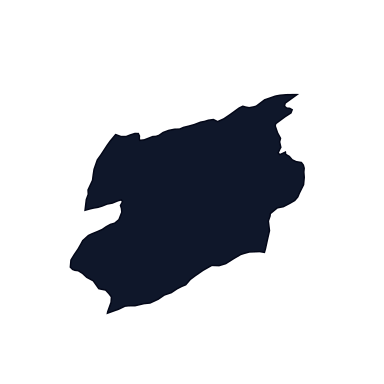 the district of Arvidsjaur, Norrbotten, Sweden, rotated 143°
{"feature_id": "70781695B53013800846692", "entity_name": "Arvidsjaur", "entity_type": "district", "adm_level": 2, "iso_a3": "SWE", "parent_name": "Sweden", "parent_adm1": "Norrbotten", "projection": "robinson", "projection_center": [19.19, 65.668], "detail": "fine", "context": "isolated", "style": "filled", "palette": "ink", "viewbox_px": 384, "rotation_deg": 143, "n_neighbors": 0, "source": "geoboundaries", "source_scale": "gbopen_adm2", "svg_char_len": 2084}
<svg xmlns="http://www.w3.org/2000/svg" viewBox="0 0 384 384"><g transform="rotate(143 192 192)"><path d="M49.6,206.6L51.8,208.3L58.1,212.9L63.5,216.3L66.7,217.9L68.0,218.5L74.9,220.7L78.5,221.9L83.0,221.9L89.0,221.9L91.4,222.8L95.6,224.9L98.0,227.5L99.8,229.9L103.7,230.7L115.1,230.9L122.6,231.3L129.2,232.8L131.3,237.0L135.8,239.5L139.5,240.8L143.1,242.6L149.7,244.5L154.8,246.5L159.9,248.7L164.1,249.7L168.3,252.7L173.5,255.2L179.2,256.9L184.3,257.1L187.3,258.1L190.0,259.9L194.3,261.1L198.8,262.4L202.7,264.7L201.8,266.6L200.3,268.3L199.7,271.0L202.4,273.1L206.9,274.7L211.2,275.9L215.4,279.1L217.2,281.9L218.4,283.8L218.5,283.8L226.6,281.9L231.4,280.4L242.5,276.4L247.7,274.8L248.3,274.6L256.5,269.1L260.7,265.0L264.4,261.2L273.8,256.2L276.2,252.6L280.9,249.6L288.4,241.8L283.6,239.9L280.2,238.4L276.4,236.4L272.3,234.9L267.1,233.5L262.3,231.1L256.5,229.6L253.1,228.2L253.4,226.0L257.2,224.3L258.2,221.4L260.2,218.1L267.0,213.9L272.5,213.6L276.6,215.2L281.4,215.9L286.2,216.1L291.0,217.2L297.5,218.9L300.9,219.6L308.5,218.9L312.2,217.2L317.3,215.0L323.8,212.8L329.6,210.5L334.4,205.2L334.0,202.5L334.0,202.1L332.6,199.9L330.2,197.6L328.4,192.9L327.4,187.2L324.3,180.5L324.6,170.9L322.9,168.9L320.0,165.7L319.5,161.0L319.5,156.7L323.0,152.6L331.4,147.1L332.5,146.1L320.9,142.5L314.3,141.2L311.1,139.3L305.8,135.4L297.6,131.8L292.3,128.6L283.4,126.7L276.1,126.4L269.2,124.1L262.2,123.7L257.0,122.8L252.9,121.7L246.0,123.2L239.9,123.2L230.2,122.8L220.4,121.5L214.7,116.9L208.2,114.5L198.5,113.7L190.8,112.8L187.6,111.7L182.3,109.6L173.8,103.7L170.5,100.2L167.7,102.3L160.5,108.5L153.4,114.5L148.5,122.9L144.2,125.8L142.5,127.6L133.4,128.0L127.9,125.3L120.8,124.1L115.1,123.4L110.5,124.4L107.1,126.4L98.5,130.7L93.6,136.1L90.7,140.6L88.1,143.5L86.9,146.5L86.9,149.7L90.6,153.6L92.6,157.4L92.9,161.9L94.5,165.7L93.4,167.7L96.5,168.3L99.4,169.0L99.7,171.4L95.6,173.6L94.2,174.2L91.9,179.3L89.0,181.6L88.1,187.7L85.8,194.7L84.0,196.2L72.3,196.1L65.4,195.6L62.5,197.4L63.6,200.0L65.9,202.0L66.5,204.9L64.1,206.9L49.6,206.6Z" fill="#0f172a" stroke="#020617" stroke-width="1.5"/></g></svg>